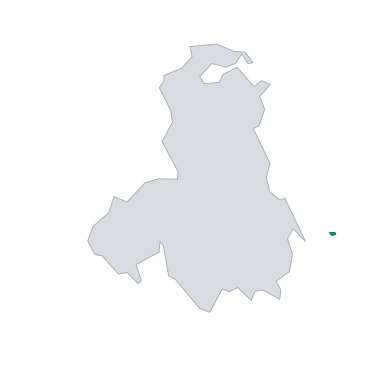 Grenada highlighted, orthographic projection, rotated 66°
{"feature_id": "GRD", "entity_name": "Grenada", "entity_type": "country or territory", "adm_level": 0, "iso_a3": "GRD", "parent_name": "North America", "parent_adm1": "", "projection": "orthographic", "projection_center": [-61.703, 12.123], "detail": "fine", "context": "with_neighbors", "style": "filled", "palette": "teal", "viewbox_px": 384, "rotation_deg": 66, "n_neighbors": 1, "source": "natural_earth", "source_scale": "50m", "svg_char_len": 1177}
<svg xmlns="http://www.w3.org/2000/svg" viewBox="0 0 384 384"><g transform="rotate(66 192 192)"><path d="M292.9,203.9L309.1,224.6L301.8,232.2L264.9,242.8L259.1,247.4L228.4,239.7L224.6,241.5L233.6,246.7L235.5,272.6L252.5,274.4L253.6,278.6L239.2,284.1L236.9,292.5L213.7,300.1L209.8,306.0L194.2,307.1L183.2,296.4L177.1,276.6L164.6,265.0L174.8,255.4L164.6,231.5L166.3,217.3L174.5,200.0L167.5,196.4L133.8,198.9L120.2,181.3L108.8,178.3L83.4,179.4L78.9,172.2L74.1,170.3L74.7,150.7L68.3,136.8L58.3,135.0L66.9,109.3L80.5,96.6L85.8,86.7L98.4,83.8L97.7,88.5L86.2,90.5L92.2,99.8L91.7,110.3L82.7,121.6L89.6,137.9L98.1,136.9L102.9,122.5L97.0,115.2L96.5,100.0L121.0,92.6L118.6,83.1L125.6,76.9L132.2,91.3L145.9,92.0L158.4,103.5L159.0,110.2L197.7,109.1L208.9,118.2L224.0,120.9L235.1,114.8L235.4,109.7L283.5,108.5L266.7,114.4L273.5,123.9L289.3,125.4L304.3,135.2L307.5,151.3L317.9,150.8L325.7,155.5L310.0,167.4L308.3,174.7L315.1,182.1L297.9,189.1L298.3,198.4L292.9,203.9Z" fill="#d9dde1" stroke="#a8b0b8" stroke-width="1"/><path d="M286.8,82.4L285.5,82.5L286.0,81.7L286.1,80.5L286.8,78.9L287.9,77.9L288.9,78.1L288.5,81.6L286.8,82.4Z" fill="#14b8a6" stroke="#0f766e" stroke-width="1.5"/></g></svg>